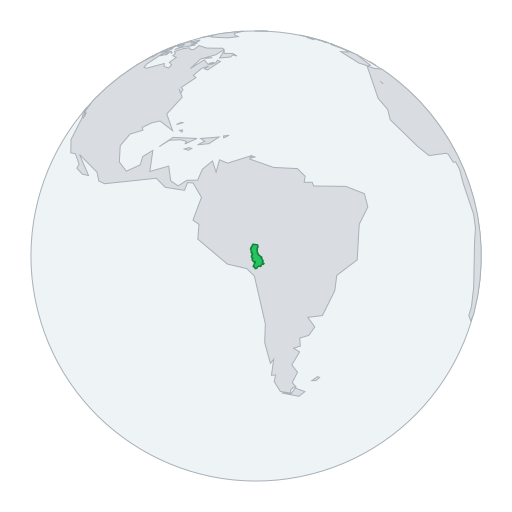 La Paz on an orthographic globe, rotated 343°
{"feature_id": "BOL-1936", "entity_name": "La Paz", "entity_type": "Department", "adm_level": 1, "iso_a3": "BOL", "parent_name": "Bolivia", "parent_adm1": "", "projection": "orthographic", "projection_center": [-68.162, -14.972], "detail": "fine", "context": "on_globe", "style": "filled", "palette": "green", "viewbox_px": 512, "rotation_deg": 343, "n_neighbors": 0, "source": "natural_earth", "source_scale": "10m", "svg_char_len": 7960}
<svg xmlns="http://www.w3.org/2000/svg" viewBox="0 0 512 512"><g transform="rotate(343 256 256)"><circle cx="256" cy="256" r="225" fill="#eef3f6" stroke="#a8b0b8"/><path d="M196.4,38.8L199.5,38.1L203.3,37.1L209.0,36.2L215.5,34.9L215.2,35.4L220.6,34.1L219.6,33.9L221.7,33.5L225.4,32.9L225.7,33.1L223.9,33.5L226.0,33.3L224.5,33.8L227.3,33.2L227.3,34.1L232.9,32.5L237.5,32.7L236.0,33.5L228.9,34.3L207.8,40.4L204.1,42.7L205.9,44.4L224.6,45.1L223.5,47.8L227.3,50.7L231.2,48.4L229.7,45.5L237.9,42.7L235.0,40.2L238.0,38.9L237.9,36.6L245.7,36.3L253.3,37.4L253.7,39.5L257.1,40.4L263.0,38.1L269.8,42.8L284.9,47.6L285.9,49.3L276.4,51.8L260.4,51.5L248.1,57.5L264.0,53.2L266.0,58.6L269.7,59.7L274.1,59.5L276.4,57.5L278.8,59.6L264.0,63.9L261.6,62.0L266.3,60.5L258.8,60.7L248.9,64.9L250.7,67.9L233.7,73.0L234.8,75.5L231.7,78.4L231.1,73.9L231.9,82.5L212.2,94.1L212.9,111.8L203.7,98.8L195.2,98.2L184.8,99.8L184.7,102.6L171.2,102.6L158.4,110.8L152.8,126.2L156.8,137.0L171.9,135.0L176.8,127.7L188.2,124.9L179.2,144.1L198.8,144.5L196.4,159.1L202.0,166.2L212.1,163.4L222.4,166.4L230.0,157.4L242.2,152.4L242.3,164.3L249.2,153.3L255.9,158.9L280.2,158.7L278.3,161.4L298.8,176.5L321.1,184.5L326.3,194.1L323.6,199.6L331.4,202.0L331.5,205.9L362.3,215.7L377.9,228.1L377.3,241.8L364.0,255.8L351.6,289.3L327.6,298.1L321.2,312.2L302.1,332.4L287.6,329.8L291.5,341.0L283.3,347.3L273.8,347.3L272.0,355.2L265.0,355.1L269.6,360.5L258.4,370.6L261.7,379.3L253.6,387.7L256.0,392.8L252.9,392.6L249.6,394.5L249.4,397.4L239.7,392.7L236.7,381.3L240.0,375.5L235.9,374.6L242.8,359.8L238.4,362.9L239.0,341.3L245.1,323.6L248.6,274.8L243.6,265.5L226.2,255.3L205.3,222.9L210.7,209.1L206.2,203.3L221.0,184.0L217.2,167.8L212.0,165.8L206.8,172.3L189.3,163.8L183.4,152.5L132.3,142.6L127.6,138.3L128.5,129.4L116.9,107.3L119.4,130.1L113.8,126.9L110.4,119.6L113.7,116.4L113.2,105.4L109.0,103.2L113.2,90.5L130.7,72.4L131.3,73.5L135.4,69.7L135.0,68.3L133.7,68.5L146.0,59.4L162.3,51.2L179.1,44.3L196.4,38.8ZM211.3,118.3L233.9,126.3L220.7,128.1L223.3,126.2L217.6,122.7L207.0,120.0L195.5,123.1L211.3,118.3ZM222.2,107.3L218.3,106.9L222.2,106.5L222.2,107.3ZM132.4,69.1L134.5,68.6L133.2,71.1L130.9,71.6L132.4,69.1ZM135.5,65.8L137.7,64.5L132.9,67.9L133.1,67.5L135.5,65.8ZM233.7,37.1L235.7,36.9L234.7,37.4L233.7,37.1ZM231.7,36.5L228.9,37.3L227.6,37.1L229.3,36.7L231.7,36.5ZM235.4,35.6L225.5,36.8L223.2,36.7L227.8,34.8L235.4,35.6ZM217.7,34.2L218.9,34.3L214.4,34.8L217.7,34.2ZM214.5,34.6L214.3,34.8L197.6,38.4L214.5,34.6ZM223.1,33.1L222.1,33.3L218.7,33.9L223.1,33.1ZM232.1,32.0L225.4,32.9L225.1,32.9L225.9,32.7L232.1,32.0ZM246.6,31.1L242.6,31.2L242.1,31.2L246.6,31.1ZM256.0,402.7L240.6,394.5L249.2,398.1L254.9,393.7L263.1,400.0L256.0,402.7ZM272.9,391.5L279.6,389.3L281.3,390.8L277.0,392.7L272.9,391.5ZM435.7,120.1L439.5,125.3L441.4,128.0L450.1,141.7L457.9,156.0L464.5,170.8L470.1,186.0L474.6,201.6L478.0,217.5L480.2,233.6L481.2,249.8L481.1,266.0L479.8,282.2L477.3,298.2L473.7,314.0L468.9,329.6L463.1,344.7L456.2,359.4L448.2,373.5L446.8,375.7L442.4,380.8L442.1,375.2L447.4,367.1L455.2,349.1L468.4,308.6L474.1,293.3L476.3,279.8L475.4,247.1L476.0,232.2L474.4,224.5L472.0,223.9L469.6,214.8L467.6,213.3L450.9,210.6L442.4,198.1L424.2,164.9L424.8,154.3L418.9,141.0L417.8,106.8L424.2,111.3L431.0,114.1L431.8,115.1L435.7,120.1ZM412.7,94.1L411.8,93.7L421.1,107.0L418.2,106.7L410.9,101.6L396.8,85.4L404.9,88.3L400.0,83.6L389.2,75.4L392.6,77.3L389.1,74.7L391.3,75.9L389.3,74.4L412.7,94.1ZM426.0,125.1L427.9,128.8L426.0,125.1ZM281.0,158.6L283.9,161.0L280.0,160.9L281.0,158.6ZM218.7,132.7L223.5,132.7L226.0,134.3L222.3,135.1L218.7,132.7ZM260.0,131.7L265.6,132.7L259.7,133.6L260.0,131.7ZM237.4,127.4L255.4,131.4L243.9,134.8L232.6,132.6L240.5,131.3L237.4,127.4ZM219.6,113.4L222.6,114.0L221.5,115.9L219.6,113.4ZM225.1,107.2L223.9,107.4L222.4,106.0L225.1,107.2ZM266.9,58.4L268.2,58.1L272.6,58.4L270.4,59.3L266.9,58.4ZM293.1,55.6L296.3,59.2L292.4,56.9L290.0,58.3L279.0,56.0L285.8,50.1L284.7,52.9L293.1,55.6ZM266.1,52.0L272.3,53.6L265.2,52.2L266.1,52.0ZM368.2,61.1L371.9,63.1L375.4,65.5L374.3,66.0L369.2,62.3L368.2,61.1ZM363.6,58.1L364.7,58.7L365.4,59.1L367.9,60.5L370.3,61.9L381.0,68.6L385.3,71.5L388.1,73.5L383.9,71.6L383.0,70.4L379.5,68.2L376.3,65.6L362.3,57.4L363.6,58.1ZM332.6,44.1L333.2,44.4L332.5,44.4L326.4,42.5L326.5,42.4L320.4,40.5L327.4,42.3L332.6,44.1ZM245.4,32.9L242.6,33.1L242.5,32.9L244.8,32.5L245.4,32.9ZM244.8,31.1L257.7,31.9L255.1,32.1L265.7,33.1L263.0,34.2L256.2,33.4L262.1,35.4L254.9,35.1L259.7,36.6L244.8,34.6L238.5,34.9L246.5,34.0L249.2,32.8L248.4,32.5L241.7,31.9L229.5,32.7L230.2,32.3L233.9,31.8L236.9,31.5L235.5,31.8L240.6,31.3L240.9,31.5L244.8,31.1ZM306.7,36.5L306.8,36.5L309.8,37.2L300.4,36.8L300.3,38.5L303.1,41.0L293.3,39.3L284.5,36.2L277.4,33.5L279.0,32.5L274.3,32.3L273.7,31.9L277.6,32.2L271.1,31.5L271.7,31.4L267.0,31.0L287.0,32.9L306.7,36.5ZM426.4,108.7L425.9,108.1L421.3,103.0L426.4,108.7Z" fill="#d9dde1" stroke="#a8b0b8" stroke-width="1"/><path d="M251.8,267.8L251.7,267.8L251.7,267.7L251.6,267.3L251.6,267.1L251.4,266.8L251.1,266.5L251.0,266.4L250.9,266.0L251.0,265.7L250.9,265.6L250.9,265.4L250.6,265.2L250.4,265.1L250.5,264.8L250.5,264.7L250.8,264.5L250.9,264.4L251.0,264.4L251.3,264.2L251.5,263.9L251.6,263.7L252.0,263.3L252.1,263.2L252.2,262.9L252.4,262.9L252.6,262.7L252.8,262.5L252.7,262.4L252.7,262.2L252.7,261.9L252.8,261.7L253.0,261.6L253.4,261.5L253.5,261.3L253.4,261.2L253.1,261.1L253.0,260.9L252.9,260.9L252.7,260.9L252.5,261.0L252.4,261.0L252.3,260.9L252.2,260.9L252.0,260.7L251.2,258.7L251.5,258.1L251.5,257.9L251.7,257.7L251.8,257.4L252.0,257.3L252.0,257.2L252.3,257.1L252.2,256.9L251.8,256.6L251.7,256.5L251.5,256.2L251.4,256.1L251.4,255.9L251.4,255.7L251.4,255.4L251.5,255.2L251.8,255.1L251.9,254.5L251.9,254.4L252.0,254.4L252.1,254.5L252.2,254.4L252.2,254.2L252.3,254.1L252.5,253.9L252.8,253.7L252.7,253.4L252.7,253.2L252.8,253.2L253.0,253.0L253.3,253.0L253.3,252.9L253.2,252.5L253.2,252.4L252.9,252.1L252.8,251.9L252.8,251.7L252.7,251.4L252.7,251.2L252.4,250.9L252.5,250.8L252.7,250.7L252.8,250.5L252.9,250.4L252.9,250.2L252.9,249.4L252.9,249.1L252.9,248.9L252.9,248.4L252.8,248.0L252.8,247.8L252.9,247.7L253.0,247.6L253.2,247.4L253.3,247.3L253.3,247.2L253.7,247.1L253.8,246.9L253.7,246.9L253.6,246.7L253.8,246.6L253.9,246.4L254.0,246.3L254.2,246.2L254.3,246.2L254.4,245.9L254.5,245.9L254.6,246.0L254.8,246.0L254.9,245.8L255.0,245.4L255.6,245.0L255.7,244.9L255.7,244.5L255.8,244.4L256.2,244.3L256.3,244.3L256.5,244.2L256.7,243.9L256.8,244.0L260.7,245.8L260.7,246.0L260.7,246.3L260.7,246.5L260.6,246.8L260.7,247.0L260.4,247.9L260.3,248.3L260.2,248.3L259.8,248.7L259.7,248.7L259.7,248.8L259.3,249.3L259.2,249.4L259.2,249.5L258.9,249.8L258.9,250.0L259.0,250.3L259.1,250.5L258.9,250.8L258.8,251.0L258.7,251.0L258.6,251.3L258.6,251.5L258.4,252.2L258.4,252.4L258.5,252.8L258.5,253.0L258.5,253.3L258.4,253.3L258.3,253.5L258.3,253.8L258.4,254.0L258.5,254.0L258.6,254.3L258.4,254.4L258.4,254.5L258.5,254.8L258.8,255.1L258.8,255.4L258.8,255.5L258.8,255.8L258.8,256.0L259.0,256.1L259.3,256.2L259.4,256.3L259.5,256.4L259.5,256.5L259.7,256.8L260.0,257.3L260.0,257.5L260.1,257.8L260.3,258.0L261.1,258.7L261.2,258.9L260.9,259.1L260.8,259.3L260.6,259.4L260.7,259.5L260.6,259.8L260.6,260.0L260.6,260.3L260.7,260.5L260.8,260.7L260.9,260.8L261.0,260.9L261.0,261.0L261.1,261.7L261.1,261.9L261.1,262.0L261.2,262.3L261.3,262.4L261.3,262.7L261.3,262.9L261.3,263.0L261.2,263.1L260.9,263.3L260.7,263.3L260.5,263.6L260.4,263.7L260.5,263.8L260.4,263.9L260.4,264.0L260.4,264.3L260.6,264.4L260.7,264.5L260.8,264.7L260.8,265.0L260.9,265.3L260.9,265.5L260.9,265.8L261.0,265.8L260.9,265.9L260.4,266.1L260.2,265.9L260.1,265.7L259.9,265.6L259.3,265.7L259.2,265.7L258.8,266.0L258.3,266.3L258.2,266.4L257.6,266.8L257.5,267.0L257.6,267.3L257.4,267.4L256.6,266.8L256.4,266.7L256.1,266.6L255.4,266.5L254.9,266.5L254.6,266.7L254.3,266.9L254.0,267.3L253.9,267.4L253.6,267.7L253.4,267.8L252.9,267.9L252.6,268.0L252.4,268.0L252.2,268.0L252.1,267.9L251.9,267.8L251.8,267.8Z" fill="#22c55e" stroke="#15803d" stroke-width="1.5"/></g></svg>